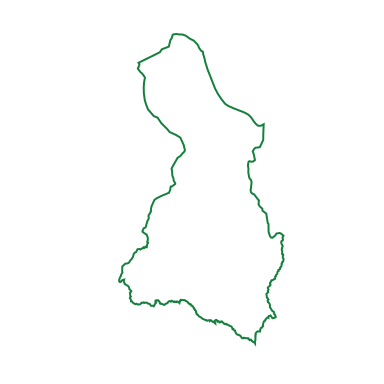 Xamtay, Houaphan, Laos, rotated 82°
{"feature_id": "54806243B53408209397741", "entity_name": "Xamtay", "entity_type": "district", "adm_level": 2, "iso_a3": "LAO", "parent_name": "Laos", "parent_adm1": "Houaphan", "projection": "mercator", "projection_center": [104.808, 19.985], "detail": "fine", "context": "isolated", "style": "outline", "palette": "green", "viewbox_px": 384, "rotation_deg": 82, "n_neighbors": 0, "source": "geoboundaries", "source_scale": "gbopen_adm2", "svg_char_len": 6124}
<svg xmlns="http://www.w3.org/2000/svg" viewBox="0 0 384 384"><g transform="rotate(82 192 192)"><path d="M49.2,204.5L56.6,227.0L57.9,226.3L58.6,226.4L59.8,227.1L60.7,227.3L61.8,228.4L62.9,228.2L66.2,226.3L67.7,224.9L70.8,223.2L72.3,222.7L76.7,224.2L81.4,225.2L87.2,225.9L94.1,226.0L98.9,225.3L104.0,224.1L111.6,219.2L113.5,215.8L119.6,212.8L126.2,207.8L129.5,205.8L133.3,199.9L136.5,196.0L144.2,193.7L149.6,193.2L150.9,193.9L152.5,196.1L154.8,198.5L156.1,201.5L165.1,208.4L166.1,209.0L168.4,208.8L172.9,209.2L176.1,208.5L178.3,208.5L181.0,207.4L181.7,207.5L183.7,211.1L183.7,212.4L186.5,213.2L189.5,214.8L191.7,223.1L193.4,228.1L194.7,230.4L200.1,233.8L202.6,234.9L205.9,235.5L206.4,236.2L207.8,237.0L208.6,238.0L210.4,238.5L211.4,238.3L212.3,238.6L215.0,240.5L215.5,240.5L217.4,241.5L219.9,242.5L220.5,243.0L221.0,243.8L221.2,244.9L223.6,246.4L224.5,246.5L226.2,244.9L227.8,242.9L231.3,242.1L233.5,242.5L235.1,243.3L235.8,242.6L236.3,242.6L236.7,243.1L237.5,243.6L240.4,244.5L240.2,245.1L239.7,245.8L240.5,246.3L240.7,246.7L240.0,247.8L240.4,248.2L240.9,248.2L240.9,249.3L241.8,251.1L241.2,251.7L241.1,253.9L243.6,255.7L244.2,257.3L245.3,258.3L248.2,259.6L250.1,261.3L251.7,263.2L252.9,263.9L253.7,265.4L253.7,268.1L256.1,271.4L260.8,272.2L261.8,272.0L263.9,273.6L265.2,274.1L266.6,275.2L268.8,276.3L269.8,276.5L270.7,276.4L271.0,276.1L271.1,275.0L270.0,274.0L269.4,272.5L269.3,271.4L270.2,271.8L271.3,272.0L272.8,271.6L273.2,271.3L273.7,271.4L276.5,268.1L278.6,267.5L279.5,267.5L281.7,265.9L281.9,265.9L283.1,267.5L283.7,267.2L284.7,267.6L285.9,267.5L287.1,267.1L287.7,268.0L288.7,268.3L289.8,267.6L291.1,267.4L291.7,267.6L291.8,266.9L293.5,265.8L295.0,264.1L295.1,263.8L295.0,262.3L295.7,261.7L296.1,259.5L295.9,258.9L295.3,258.4L295.0,257.4L294.6,257.1L294.9,255.8L294.6,255.2L295.3,254.6L295.0,253.3L295.1,252.8L295.4,252.0L296.3,251.3L296.8,249.6L299.0,248.4L299.2,246.4L299.8,245.8L299.0,245.0L298.1,244.6L296.9,243.3L296.2,243.6L295.5,243.5L295.5,242.8L294.4,243.0L294.2,242.2L294.5,241.4L294.6,240.4L295.2,240.2L295.9,239.5L297.1,239.4L297.7,239.2L297.8,238.8L298.2,238.9L298.7,237.6L298.6,237.3L300.0,235.3L299.5,234.2L298.9,233.7L298.9,232.5L298.6,231.7L297.7,231.1L296.9,229.7L297.6,228.2L296.9,227.8L296.8,227.5L297.2,226.7L298.1,225.7L298.3,225.4L298.0,224.4L298.6,224.2L298.6,223.9L298.8,222.6L298.3,222.3L298.3,221.9L299.0,220.8L300.2,219.9L298.8,219.4L298.5,218.8L297.9,218.9L297.2,218.1L297.6,216.8L297.6,216.4L297.8,216.1L297.9,214.7L298.3,214.0L299.0,213.5L299.3,212.7L300.5,211.5L301.0,211.5L302.0,210.4L302.8,210.1L302.6,209.6L302.8,209.1L304.1,208.2L304.6,208.3L304.7,207.7L305.2,207.1L306.8,206.6L307.2,206.1L307.5,206.2L307.9,205.9L308.4,206.0L308.7,205.6L309.4,205.5L309.8,204.9L310.9,204.6L311.5,204.8L311.8,204.5L313.4,204.5L313.9,203.8L314.1,203.9L315.1,203.0L316.0,202.5L317.5,200.5L319.0,199.2L320.8,196.3L320.8,195.7L321.6,195.1L321.3,192.7L321.4,192.4L322.0,192.3L321.5,191.8L321.7,191.0L322.8,190.4L323.1,189.6L323.7,189.2L324.1,188.3L325.3,187.3L324.4,187.3L323.5,187.9L323.1,187.9L322.0,186.2L322.1,185.5L323.8,184.9L323.4,184.3L323.8,183.4L324.3,183.5L325.0,182.8L324.9,181.7L324.3,181.2L324.2,180.5L327.0,178.5L327.0,177.9L327.5,177.6L327.4,176.4L327.8,175.9L328.2,175.8L328.2,175.2L329.4,173.9L330.3,172.3L330.9,171.6L331.9,171.1L333.3,171.0L333.4,170.2L333.8,170.3L334.7,169.8L335.2,168.6L336.6,168.6L338.8,167.7L339.7,166.8L339.9,165.5L340.3,165.3L341.2,164.0L343.6,162.9L344.0,161.7L343.5,160.8L344.0,160.1L344.5,157.6L344.8,157.2L344.6,156.8L344.8,156.4L345.8,156.1L346.7,155.6L346.7,155.2L346.4,154.6L346.4,154.1L347.9,153.5L348.0,153.0L348.8,152.6L349.7,151.2L350.7,150.7L348.6,150.5L347.2,149.7L345.5,149.6L344.4,149.2L343.4,149.4L342.2,148.7L341.8,148.9L340.9,148.7L339.8,147.6L339.2,146.6L339.6,144.0L338.0,143.7L336.7,143.0L336.1,142.4L335.9,141.4L335.2,141.0L334.8,140.3L333.9,140.4L331.2,139.4L330.0,138.6L330.0,138.0L329.3,137.3L328.5,137.1L328.3,136.8L328.3,136.5L327.5,135.8L326.9,135.1L326.8,134.0L327.0,133.8L326.0,133.7L325.5,133.2L325.5,132.0L325.2,131.4L328.2,129.9L328.1,129.0L328.3,128.5L327.9,128.0L327.8,126.9L327.4,126.4L325.1,126.9L324.3,127.6L322.8,127.5L321.9,127.7L321.6,128.4L320.3,129.5L319.7,129.5L316.9,130.9L315.5,130.6L313.8,130.7L312.7,131.1L311.7,132.1L310.9,132.0L310.2,132.3L309.6,131.9L309.2,131.3L307.8,131.8L307.2,132.5L303.6,132.5L303.0,132.2L301.9,130.5L300.4,130.7L299.4,129.8L297.5,130.3L297.0,130.0L295.5,127.7L295.0,127.2L294.6,127.1L293.8,127.6L292.9,127.4L291.5,126.0L291.0,126.0L290.6,125.7L290.4,125.3L290.5,124.1L289.7,123.0L289.6,122.0L289.3,121.7L287.3,121.3L287.0,120.7L286.4,120.7L284.8,119.0L283.1,118.5L282.3,117.8L282.2,117.2L281.1,117.2L280.6,115.6L280.2,115.3L279.3,115.3L278.6,114.7L278.2,113.9L276.6,113.5L275.8,113.0L275.4,113.2L274.9,112.8L274.2,112.5L273.7,112.1L273.8,111.7L273.5,111.4L270.9,110.6L269.8,111.2L268.3,111.0L267.1,110.4L266.7,110.6L266.2,111.3L265.7,111.0L265.1,111.3L262.9,110.9L262.4,111.1L261.5,111.1L261.0,111.1L260.3,110.5L259.8,110.6L258.3,109.7L257.8,110.0L257.3,109.9L255.8,110.6L254.7,110.7L253.4,110.4L252.9,109.9L252.9,109.3L252.0,108.5L250.0,108.8L249.6,108.5L248.8,108.2L248.1,107.5L245.7,109.5L244.8,110.9L244.9,114.1L246.8,115.8L248.5,118.8L248.0,120.2L246.2,121.0L242.1,121.7L234.4,120.7L233.4,121.3L223.7,121.5L220.3,124.8L218.3,124.7L215.7,126.9L213.4,127.8L209.6,126.9L208.9,127.5L202.8,130.9L202.2,132.3L200.3,133.7L198.1,133.7L196.2,133.0L190.3,131.6L188.1,132.0L186.8,133.0L184.9,133.4L180.5,133.5L177.0,132.9L173.6,132.9L171.3,132.3L169.9,131.7L169.5,130.8L170.3,129.0L170.3,127.2L169.1,125.2L163.1,125.6L160.3,126.2L158.3,124.8L157.0,122.9L157.1,118.6L150.3,114.2L145.5,113.5L134.9,111.6L135.9,114.3L135.9,116.1L135.3,117.7L133.0,119.6L130.5,121.1L126.8,122.8L124.0,124.8L122.9,125.8L120.6,129.0L115.0,139.0L111.8,144.1L109.7,146.5L108.7,147.3L103.6,150.2L98.2,152.8L92.9,154.7L72.9,159.5L65.7,160.7L61.0,161.1L57.3,161.7L54.6,161.7L53.3,163.4L50.0,165.1L48.4,165.3L46.3,166.3L42.3,169.2L40.1,172.5L36.3,176.5L34.7,179.6L34.2,182.9L33.4,185.2L33.3,188.3L33.6,189.2L36.9,190.7L38.6,192.3L44.8,194.7L46.5,202.0L49.2,204.5Z" fill="none" stroke="#15803d" stroke-width="2"/></g></svg>